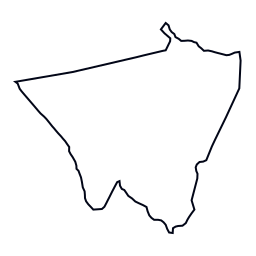 São Miguel dos Campos, Alagoas, Brazil
{"feature_id": "56859067B77062993140520", "entity_name": "São Miguel dos Campos", "entity_type": "district", "adm_level": 2, "iso_a3": "BRA", "parent_name": "Brazil", "parent_adm1": "Alagoas", "projection": "natural_earth1", "projection_center": [-36.106, -9.778], "detail": "fine", "context": "isolated", "style": "outline", "palette": "ink", "viewbox_px": 256, "rotation_deg": 0, "n_neighbors": 0, "source": "geoboundaries", "source_scale": "gbopen_adm2", "svg_char_len": 1602}
<svg xmlns="http://www.w3.org/2000/svg" viewBox="0 0 256 256"><path d="M226.0,117.2L239.3,88.4L240.6,60.6L239.4,51.9L234.7,52.6L231.8,53.9L229.2,54.9L226.4,55.2L221.4,53.9L217.8,53.0L214.8,52.2L211.9,51.3L208.1,50.5L203.9,50.8L201.3,48.3L198.7,46.3L196.5,42.7L194.0,42.1L191.6,40.9L187.9,40.5L184.4,40.8L181.2,40.9L178.7,38.8L175.5,37.1L174.3,34.0L171.7,32.1L169.8,29.5L168.5,25.3L165.7,23.0L160.9,29.4L164.5,33.3L170.3,38.3L170.1,41.3L165.7,50.3L163.0,50.8L143.6,55.4L136.0,57.3L124.3,60.0L72.6,72.0L40.6,77.5L15.4,81.8L17.7,83.6L19.7,88.8L21.5,91.2L24.8,95.1L29.1,100.1L33.4,105.1L38.3,110.9L40.6,113.5L44.1,116.6L46.3,118.9L48.9,122.1L52.3,126.4L54.1,128.4L55.8,130.5L58.3,133.4L61.1,136.4L62.9,138.6L65.2,141.2L67.0,143.9L69.2,147.0L69.1,151.2L70.6,154.1L72.7,157.2L75.3,161.8L76.4,165.7L76.5,168.8L78.5,170.8L79.6,173.8L81.0,177.4L81.9,181.8L82.8,187.4L84.6,191.3L84.9,194.9L85.0,198.1L86.1,201.3L88.3,204.3L90.9,207.0L93.3,209.6L101.9,209.0L104.4,206.8L106.4,203.0L107.9,200.0L109.3,197.3L112.2,191.5L115.4,185.4L117.2,182.1L119.5,181.1L120.0,185.7L121.8,188.9L124.3,190.0L126.1,192.6L128.3,195.9L132.0,198.4L135.3,201.5L138.8,203.2L143.0,205.1L146.5,207.0L147.6,211.2L149.3,215.4L151.5,217.9L154.1,219.8L158.1,219.8L161.2,220.4L163.6,222.3L165.7,224.8L167.2,228.9L169.1,232.5L172.7,233.0L173.0,228.2L175.6,226.6L178.1,226.0L182.5,225.7L185.8,223.1L187.4,219.8L189.0,217.1L191.6,213.3L194.4,209.6L191.6,200.3L197.3,178.5L197.5,173.8L196.3,171.0L195.7,167.3L196.8,164.5L199.5,162.0L203.2,161.6L206.3,160.2L211.9,146.4L215.1,139.6L226.0,117.2Z" fill="none" stroke="#020617" stroke-width="2"/></svg>